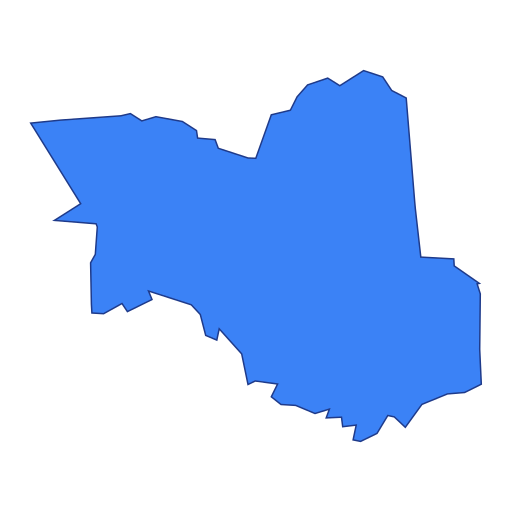 Chalan Pago-Ordot, Guam
{"feature_id": "77769853B20896286289421", "entity_name": "Chalan Pago-Ordot", "entity_type": "district", "adm_level": 2, "iso_a3": "GUM", "parent_name": "Guam", "parent_adm1": "", "projection": "mercator", "projection_center": [144.769, 13.441], "detail": "fine", "context": "isolated", "style": "filled", "palette": "blue", "viewbox_px": 512, "rotation_deg": 0, "n_neighbors": 0, "source": "geoboundaries", "source_scale": "gbopen_adm2", "svg_char_len": 1025}
<svg xmlns="http://www.w3.org/2000/svg" viewBox="0 0 512 512"><path d="M307.6,84.9L297.1,96.8L290.4,110.2L271.3,114.8L255.8,158.3L248.0,158.0L218.3,148.3L215.1,139.6L197.6,138.1L196.5,130.6L182.4,121.5L155.9,116.7L141.8,120.9L130.4,113.6L120.9,115.8L60.6,120.1L30.7,123.1L80.7,203.7L54.4,220.4L96.1,223.8L97.3,226.9L95.3,254.4L90.6,262.8L91.4,304.1L91.9,313.0L103.6,313.7L122.0,303.5L127.4,311.6L152.0,299.5L148.5,291.0L191.3,304.8L200.3,314.5L205.7,335.4L216.8,340.1L219.2,328.8L241.7,353.9L248.0,384.5L255.2,381.0L277.6,384.0L271.3,396.8L281.0,404.5L295.7,405.4L315.0,413.5L329.4,409.1L326.2,417.9L341.5,417.2L342.7,426.7L356.2,425.1L353.1,439.9L360.6,441.4L377.0,433.4L387.8,415.5L394.3,416.9L405.3,427.3L421.9,404.4L427.2,402.2L447.5,393.9L450.0,393.7L464.6,392.5L481.3,384.2L479.7,349.3L480.3,293.9L477.1,283.8L479.3,283.4L454.2,265.9L453.8,258.9L420.8,257.1L415.3,208.4L414.7,201.8L406.2,98.0L391.7,90.5L382.7,76.9L363.6,70.6L339.8,85.7L327.7,78.1L307.6,84.9Z" fill="#3b82f6" stroke="#1e3a8a" stroke-width="1.5"/></svg>